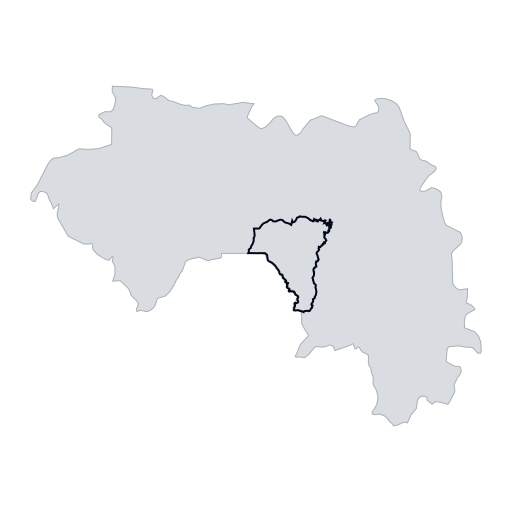 Faranah, Faranah, Guinea (highlighted)
{"feature_id": "49546643B80456504828542", "entity_name": "Faranah", "entity_type": "district", "adm_level": 2, "iso_a3": "GIN", "parent_name": "Guinea", "parent_adm1": "Faranah", "projection": "orthographic", "projection_center": [-10.65, 9.821], "detail": "fine", "context": "in_parent", "style": "outline", "palette": "ink", "viewbox_px": 512, "rotation_deg": 0, "n_neighbors": 0, "source": "geoboundaries", "source_scale": "gbopen_adm2", "svg_char_len": 8996}
<svg xmlns="http://www.w3.org/2000/svg" viewBox="0 0 512 512"><path d="M321.5,347.2L316.8,346.5L314.6,347.4L308.4,354.8L304.6,357.7L298.8,356.8L296.7,357.3L295.1,356.5L297.3,352.4L300.3,344.4L308.0,336.3L308.1,334.6L305.0,329.9L301.7,323.4L301.7,316.5L301.0,311.5L294.2,310.1L293.0,309.3L292.8,307.6L296.6,299.0L296.9,297.2L296.5,295.7L292.3,291.3L285.8,283.1L274.6,266.4L270.5,262.8L266.5,257.7L265.0,254.5L260.8,253.3L221.8,253.4L221.1,257.8L207.6,260.6L199.4,257.2L190.2,259.1L185.7,261.4L182.2,271.1L180.2,273.2L178.2,277.6L176.4,280.0L174.3,284.8L169.9,291.6L165.3,296.0L157.5,298.4L155.0,305.6L153.1,308.3L150.1,310.4L146.9,311.7L140.5,310.3L136.9,311.5L136.3,309.7L138.4,304.0L136.8,301.0L130.7,295.0L130.1,292.1L128.3,288.4L120.3,280.7L112.7,281.1L114.9,274.7L114.9,266.2L112.4,261.5L113.1,256.7L111.7,257.0L109.1,260.3L105.1,259.2L96.9,254.1L92.8,249.1L92.4,244.9L91.5,243.3L89.0,244.1L83.8,244.0L68.3,236.4L57.4,217.5L57.2,213.3L58.9,206.1L58.5,204.1L53.3,208.8L52.4,205.6L48.6,198.0L47.5,193.7L43.8,191.7L40.8,191.4L38.5,192.8L35.3,201.5L33.1,201.4L30.7,199.5L31.3,193.0L37.4,184.8L47.8,164.3L51.4,159.6L53.7,158.0L58.4,157.8L67.7,155.2L79.2,148.8L87.9,149.4L98.1,148.7L111.6,144.4L111.8,130.5L111.4,127.5L106.7,124.6L104.0,122.2L101.6,119.1L98.8,116.9L98.9,114.6L104.9,111.7L110.3,111.8L112.1,110.6L113.5,108.7L115.1,103.7L115.7,98.4L112.2,91.3L112.4,86.2L132.0,87.1L142.8,88.6L151.5,89.1L152.9,90.2L151.7,95.1L152.8,98.0L155.8,98.8L160.7,95.4L163.3,96.2L168.7,100.5L173.8,101.7L179.4,104.0L184.7,105.3L189.3,105.1L192.8,107.5L199.4,108.3L207.8,105.3L214.5,104.0L223.8,103.7L228.7,104.8L242.9,102.4L254.1,103.8L252.4,105.4L247.2,116.5L247.8,118.5L259.1,127.9L261.8,128.6L265.0,127.3L269.8,123.0L273.7,118.3L277.4,116.0L281.8,116.2L285.2,119.5L293.3,133.4L295.3,135.2L297.3,135.2L300.8,132.6L302.6,129.5L310.1,120.3L321.7,115.7L349.3,126.2L353.4,127.0L355.8,126.2L359.2,119.9L369.6,114.6L374.5,113.1L377.4,112.9L378.4,111.2L378.9,108.7L378.4,106.0L375.1,101.3L375.0,99.9L376.9,99.0L380.8,98.3L385.9,98.8L391.7,100.8L396.4,103.7L399.1,107.2L404.4,121.9L410.2,133.4L410.1,148.9L412.7,150.4L415.5,151.1L416.9,152.3L419.7,158.7L422.4,160.5L425.6,160.9L431.6,165.0L435.5,166.6L436.0,167.8L435.9,169.5L434.4,171.6L428.7,175.9L425.8,179.6L420.0,188.4L419.8,190.1L421.1,191.2L423.5,191.4L426.1,190.8L431.5,187.6L435.8,188.7L439.9,191.1L441.4,193.6L441.9,197.0L441.0,201.3L440.8,206.1L442.3,214.2L444.5,222.4L446.6,225.4L460.4,232.5L461.7,235.2L462.4,238.2L461.5,242.4L460.1,244.7L452.6,251.2L451.5,254.2L452.1,259.9L452.8,283.9L455.8,287.9L459.4,289.9L467.6,288.7L467.4,295.4L466.4,302.8L471.2,305.1L473.7,307.3L475.0,309.4L467.5,313.5L465.3,315.8L464.3,322.0L464.6,327.8L474.8,331.8L478.8,336.6L480.6,341.6L481.3,351.0L480.4,353.2L477.8,353.2L472.5,347.5L464.6,347.0L458.7,345.9L448.8,346.8L447.2,348.5L446.1,361.0L448.5,363.1L453.2,365.5L456.3,366.5L458.8,366.2L460.8,367.7L461.2,371.8L459.9,374.8L457.4,377.7L454.1,384.9L454.9,391.6L449.4,402.2L447.8,404.3L440.4,402.2L435.6,401.6L432.1,404.3L427.3,400.2L426.4,397.0L424.7,396.3L421.4,396.3L418.5,398.1L417.2,401.5L416.5,408.3L411.2,414.7L407.4,422.8L403.0,422.1L402.0,423.1L397.4,425.1L393.4,425.8L392.3,423.6L389.9,421.9L387.3,418.5L384.4,415.8L378.7,413.9L376.4,414.7L373.8,414.5L372.0,413.4L372.2,411.8L375.2,407.6L376.9,403.7L377.8,399.5L377.8,395.5L376.2,389.9L373.6,385.4L373.0,382.9L373.3,379.2L372.7,375.7L371.8,373.9L370.6,367.4L369.1,366.2L368.3,361.1L368.5,355.7L366.3,353.7L362.8,352.2L360.8,350.1L359.5,347.8L358.3,347.1L357.2,347.3L356.3,348.7L355.1,349.0L353.1,344.0L352.3,343.9L350.9,345.0L334.9,350.6L332.9,345.9L329.8,345.0L324.6,346.9L321.5,347.2Z" fill="#d9dde1" stroke="#a8b0b8" stroke-width="1"/><path d="M253.9,228.6L254.1,229.8L254.1,230.3L254.2,231.3L254.4,232.3L254.5,234.1L254.6,235.3L254.3,237.0L253.6,238.2L253.8,240.0L253.4,241.8L253.0,242.8L252.5,244.2L251.2,246.1L250.8,247.9L248.8,249.6L248.8,251.4L248.9,251.8L248.7,252.1L248.5,252.5L248.4,252.9L248.3,253.1L250.2,253.1L258.0,253.2L258.3,253.2L260.5,253.1L260.9,253.1L262.2,253.1L264.9,253.1L265.6,253.6L266.8,254.6L267.1,255.2L267.2,255.7L267.3,256.5L267.5,258.5L267.7,259.9L268.0,260.3L268.1,260.6L268.8,261.2L271.6,262.5L273.3,263.8L274.5,265.0L275.2,265.7L276.0,266.8L276.8,268.0L277.3,268.6L277.5,268.9L278.5,270.2L278.8,270.6L278.9,270.9L279.1,271.4L279.3,271.7L279.3,271.9L279.5,273.4L279.6,273.6L279.8,274.0L280.3,274.3L280.8,274.4L281.6,274.4L282.0,274.6L282.3,274.8L282.3,275.1L282.4,275.4L282.7,275.9L282.9,277.0L282.9,277.7L283.0,277.8L283.1,278.0L283.4,278.3L283.7,278.3L283.9,278.3L285.0,279.6L286.1,280.5L286.1,280.8L285.5,281.5L285.2,281.8L286.1,282.5L286.3,282.6L287.9,282.9L288.1,283.0L288.1,283.3L287.9,283.7L287.0,284.1L286.8,284.4L286.8,284.7L287.3,285.6L287.3,286.0L286.8,286.5L286.8,287.0L287.1,287.6L287.6,288.0L288.1,288.2L288.8,288.8L289.4,289.1L289.6,289.5L289.5,289.9L289.0,290.3L288.7,290.9L288.9,291.2L289.2,291.6L289.5,291.6L289.8,290.9L290.4,291.0L290.8,291.3L291.0,291.4L291.6,291.5L292.2,291.2L292.9,291.3L293.4,291.9L293.5,292.0L293.6,291.9L294.0,291.6L294.4,292.1L295.2,293.6L295.3,294.2L295.2,294.4L295.4,294.7L296.5,295.1L297.8,296.0L298.1,296.5L298.2,297.2L297.9,298.2L297.7,298.7L297.4,299.7L297.4,300.2L297.5,300.3L297.4,300.2L297.4,300.3L298.1,301.1L298.1,301.6L298.1,302.2L297.9,302.4L297.8,302.6L297.2,302.9L296.9,302.9L296.7,303.0L296.2,303.2L295.5,303.3L295.4,303.3L295.2,303.0L295.1,302.9L294.8,302.9L294.7,303.1L294.4,303.8L294.5,304.0L295.0,305.1L295.0,306.3L294.3,307.1L294.3,308.0L294.0,309.5L293.9,309.8L293.8,310.0L294.0,310.3L295.4,310.5L296.1,310.4L297.4,310.2L297.7,310.2L298.3,310.2L300.0,310.9L300.6,311.0L300.7,310.9L300.8,310.9L301.0,311.0L301.6,311.3L302.0,311.6L302.5,311.4L303.1,311.7L303.4,312.0L303.6,312.1L303.7,311.8L304.3,311.2L304.9,311.1L305.5,311.0L306.5,310.9L308.2,310.8L308.8,311.1L309.6,310.9L310.2,310.2L310.6,309.3L311.0,308.4L311.3,308.2L311.9,307.9L312.1,307.5L312.0,306.9L312.6,305.5L311.6,305.1L311.5,304.4L311.7,304.1L311.6,303.7L312.2,302.8L312.6,302.5L312.9,302.0L313.2,301.0L313.0,299.8L312.9,299.2L313.5,298.9L314.3,298.4L314.7,298.1L314.9,297.3L314.8,296.7L315.0,296.4L315.6,295.6L315.9,294.7L316.1,293.4L316.4,292.2L316.3,291.2L316.2,290.5L316.0,289.6L315.8,288.6L315.4,287.3L315.6,286.5L315.8,286.0L315.8,285.3L315.3,284.4L314.6,283.9L313.9,283.2L313.8,282.5L313.6,281.7L313.3,281.0L313.1,280.3L313.0,279.0L312.5,278.3L312.7,277.2L313.5,276.3L313.9,275.5L314.0,274.6L314.0,273.4L314.0,272.6L314.1,272.0L313.7,271.8L313.5,270.4L313.4,269.6L314.0,268.2L314.7,268.0L315.0,267.1L316.3,266.6L316.2,265.2L315.8,264.4L315.9,263.2L315.9,262.3L316.0,262.1L316.2,261.5L316.6,261.6L317.3,261.5L317.9,260.9L317.8,260.4L318.2,260.2L318.7,259.6L318.3,258.6L318.1,257.6L317.7,256.4L317.5,255.4L317.1,254.6L316.7,253.9L316.7,253.5L316.6,253.0L317.1,252.2L317.3,251.8L318.7,250.4L319.1,249.5L318.5,248.2L318.8,247.5L318.9,246.8L320.0,247.2L320.8,246.6L321.2,246.2L321.5,245.4L322.4,245.3L323.2,244.4L322.8,243.9L323.1,243.5L323.9,243.4L324.7,243.3L324.2,242.2L325.2,242.0L325.8,241.1L326.3,240.3L325.5,239.0L324.7,238.0L324.2,237.2L324.8,235.3L324.9,234.9L324.3,235.2L324.2,234.9L324.9,234.2L324.8,233.3L324.4,233.1L323.9,232.7L324.0,232.1L325.1,232.1L326.7,232.9L327.7,232.8L328.5,231.9L328.3,231.2L329.1,231.1L329.3,230.4L328.8,229.8L329.4,228.8L329.3,227.8L329.7,228.2L330.4,228.1L331.0,227.3L330.8,226.8L330.8,226.7L329.7,226.9L329.5,226.1L329.3,225.6L329.2,225.0L329.5,224.4L330.1,224.3L330.6,224.5L331.1,224.9L331.5,224.8L331.5,224.1L331.4,223.2L331.6,223.0L331.9,222.5L331.0,222.3L330.1,222.1L330.5,221.6L330.6,221.2L330.4,220.7L330.2,220.4L330.2,219.8L329.8,219.7L329.7,220.2L329.6,221.2L329.3,222.3L328.4,223.1L327.9,222.8L327.7,222.8L327.6,223.7L327.2,224.0L326.7,224.4L327.2,225.3L326.8,225.4L326.3,224.3L325.6,223.0L324.8,222.7L324.2,223.0L324.5,222.0L324.4,221.4L325.2,221.1L325.6,220.5L325.1,220.3L324.1,220.8L323.2,220.9L321.7,220.7L320.8,220.4L320.8,219.9L320.8,218.9L320.6,218.6L320.2,219.2L319.7,219.6L319.0,220.1L318.4,220.3L318.2,220.8L318.0,221.4L317.6,221.4L317.0,221.3L317.1,220.9L317.1,220.1L316.4,219.7L315.6,219.6L315.1,220.3L314.7,219.7L314.1,219.1L314.0,219.4L313.7,220.3L313.3,221.3L313.1,221.3L312.8,221.2L312.3,221.1L311.9,220.7L311.5,220.5L311.1,220.4L310.7,220.2L310.1,220.1L310.1,219.8L307.8,218.0L305.2,216.8L303.8,216.8L301.5,216.7L299.7,216.4L299.4,216.9L297.0,217.7L296.3,219.3L295.3,221.1L294.7,221.4L294.2,222.1L293.5,222.2L292.7,222.0L292.2,220.8L291.7,223.1L291.2,224.9L289.2,223.6L287.5,223.1L285.9,222.7L284.5,222.1L282.8,220.4L282.5,220.1L280.5,219.7L278.7,220.2L275.6,221.5L274.6,221.3L273.4,221.4L272.7,220.8L271.9,220.1L270.2,219.6L270.0,219.8L269.1,220.2L268.5,220.8L268.3,221.0L268.2,221.1L267.9,221.2L267.6,221.4L267.1,221.7L266.8,222.0L266.7,222.1L265.9,222.3L264.7,222.9L263.6,223.3L262.7,224.1L261.8,225.0L261.2,226.0L260.6,226.7L260.1,227.2L259.9,227.8L259.5,228.3L259.3,228.4L258.9,228.5L258.4,228.5L257.9,228.6L257.0,228.5L256.3,228.5L255.7,228.5L254.8,228.5L253.9,228.6Z" fill="none" stroke="#020617" stroke-width="2"/></svg>